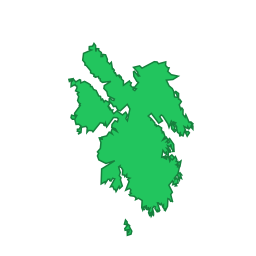 Bø nor, Nordland, Norway, rotated 318°
{"feature_id": "86288312B44209185687579", "entity_name": "Bø nor", "entity_type": "district", "adm_level": 2, "iso_a3": "NOR", "parent_name": "Norway", "parent_adm1": "Nordland", "projection": "mercator", "projection_center": [14.6, 68.718], "detail": "fine", "context": "isolated", "style": "filled", "palette": "green", "viewbox_px": 256, "rotation_deg": 318, "n_neighbors": 0, "source": "geoboundaries", "source_scale": "gbopen_adm2", "svg_char_len": 5900}
<svg xmlns="http://www.w3.org/2000/svg" viewBox="0 0 256 256"><g transform="rotate(318 128 128)"><path d="M188.0,132.8L186.1,132.7L186.9,134.3L185.6,138.8L183.4,136.0L186.4,131.4L187.3,128.3L186.7,124.2L188.5,118.1L193.8,122.0L200.0,123.1L195.8,117.3L195.4,112.5L198.8,110.8L197.8,109.7L197.8,106.6L200.3,104.1L193.7,100.7L193.8,98.4L191.9,96.3L178.5,92.9L178.2,89.6L172.7,86.6L172.6,93.1L171.4,94.6L171.4,97.0L170.4,96.4L170.7,90.1L169.7,89.9L166.9,93.6L165.8,99.2L166.2,101.1L160.3,102.1L159.4,103.1L160.5,104.4L158.1,104.8L157.5,102.8L160.1,101.3L158.6,101.5L158.3,97.9L160.7,96.6L160.1,95.7L160.5,94.0L153.2,93.2L156.2,89.8L155.8,87.6L157.0,85.7L156.9,83.5L155.9,84.4L156.1,82.2L154.4,81.6L155.5,78.5L154.9,78.3L155.3,76.4L156.5,75.9L156.6,74.0L155.9,73.8L159.6,68.0L157.2,68.2L156.9,64.7L158.6,63.2L160.3,58.6L158.4,56.3L157.1,58.0L155.7,56.9L158.7,54.1L158.1,50.8L159.3,49.5L157.8,48.0L155.2,49.7L159.1,45.0L159.3,42.4L156.5,43.5L153.7,41.6L151.8,43.5L153.1,45.6L144.9,42.8L139.7,47.3L139.6,50.7L138.1,52.5L138.8,53.7L138.5,60.5L137.1,62.0L138.6,65.4L137.2,66.8L138.1,68.1L137.1,68.1L140.4,69.9L139.5,72.0L140.2,73.0L139.0,74.2L139.5,77.0L146.5,81.9L138.8,80.6L136.5,82.5L136.7,86.7L134.6,90.7L137.3,97.4L135.8,98.1L134.4,95.7L135.3,93.7L133.6,93.7L131.9,95.5L132.2,99.2L131.5,102.4L133.5,103.7L132.5,107.9L133.7,110.1L143.3,109.9L142.2,115.1L132.4,122.2L132.7,119.6L136.3,117.7L136.9,114.7L132.6,114.6L131.1,107.9L127.0,107.8L127.1,105.4L128.8,104.4L127.5,103.7L128.0,100.9L127.1,101.7L127.7,98.5L130.6,97.6L130.9,95.9L129.5,92.4L127.6,92.7L128.5,89.4L126.9,89.2L128.7,86.1L127.7,84.6L129.4,78.8L128.2,76.4L129.0,73.0L127.9,72.1L128.9,70.8L128.5,68.8L126.9,64.3L123.1,62.9L124.8,60.6L124.4,59.7L120.0,58.8L120.1,55.3L117.1,56.0L120.1,54.5L116.6,52.3L115.6,54.2L118.0,54.5L113.3,59.2L117.8,60.3L117.2,61.2L118.0,62.5L117.0,64.0L113.9,65.3L115.2,68.7L113.0,68.7L112.4,71.7L108.9,73.9L108.3,76.5L108.8,78.0L107.1,78.4L107.5,79.3L98.2,81.3L97.3,82.6L98.4,84.4L95.7,85.3L96.9,83.9L94.7,80.7L92.5,82.2L92.5,84.3L94.3,85.8L91.8,90.6L93.9,92.3L94.4,94.9L91.1,96.2L89.1,94.7L89.6,95.6L88.2,96.4L89.7,99.0L86.7,99.2L90.0,99.9L93.9,96.3L97.9,98.7L97.8,100.6L94.5,103.8L97.1,103.4L99.5,105.9L99.4,107.4L111.0,105.5L112.9,108.2L112.0,109.6L112.4,110.7L114.6,109.2L112.9,112.9L124.2,110.5L126.8,113.0L126.9,114.8L124.3,116.4L123.3,113.9L118.5,114.7L116.3,116.7L118.1,120.1L117.5,123.2L115.8,118.0L112.8,119.5L112.3,121.8L111.3,118.5L106.9,119.6L102.4,117.2L101.3,119.1L100.5,118.2L101.2,117.0L100.0,116.1L98.2,120.6L93.8,124.7L89.3,125.3L89.4,127.0L86.6,128.3L85.0,132.2L87.9,139.6L96.3,143.5L81.0,140.8L70.6,151.6L75.0,152.5L74.1,153.9L78.8,152.7L80.2,153.9L79.2,154.9L79.8,156.0L83.0,155.1L84.1,156.9L75.6,160.0L77.6,161.1L76.5,164.5L77.5,165.2L76.6,167.2L82.3,165.4L81.4,167.4L85.0,167.3L87.7,161.4L89.5,160.3L89.6,157.6L92.5,155.9L95.0,150.6L96.5,150.8L95.8,151.2L96.6,153.0L96.0,155.7L92.5,159.0L93.8,160.6L93.1,162.0L95.9,161.7L94.0,163.8L95.8,166.5L93.4,166.1L93.0,168.5L84.7,172.7L88.7,173.9L88.7,176.0L86.6,177.1L86.6,178.8L84.4,178.2L84.3,179.7L86.9,182.8L87.3,185.2L85.7,186.3L88.8,187.2L90.0,191.3L85.0,196.3L84.1,198.7L85.5,197.8L85.3,200.1L86.6,197.1L87.8,197.4L87.5,199.5L90.0,197.5L87.4,201.0L88.4,202.4L90.2,200.2L89.0,202.5L90.4,202.5L86.6,204.7L85.3,208.2L88.4,205.4L86.2,209.1L88.6,208.3L88.6,209.8L89.2,209.3L88.7,206.7L90.5,206.0L89.7,207.2L90.3,208.0L92.4,204.1L94.9,203.6L95.6,204.8L94.1,205.9L93.6,209.2L94.3,209.2L93.4,210.5L94.9,209.0L95.1,210.7L96.5,210.5L99.8,203.3L100.5,203.8L100.5,206.6L102.2,206.4L101.2,209.5L102.6,209.2L100.9,211.0L100.8,212.5L101.6,212.9L100.2,213.2L100.4,214.4L105.0,212.6L110.4,207.2L111.1,208.7L110.6,211.0L111.9,211.7L111.6,213.0L115.2,206.0L118.0,205.4L120.1,197.8L125.5,197.0L125.1,197.8L126.0,198.3L123.3,200.1L126.2,201.4L124.3,202.6L125.6,203.5L126.3,201.4L128.4,202.4L130.8,199.4L130.3,199.0L130.8,197.8L129.4,197.7L130.4,197.1L128.4,197.5L128.8,196.3L133.5,195.6L131.6,200.9L133.4,199.4L134.0,201.3L135.6,197.9L136.5,198.7L136.7,196.0L135.3,196.0L135.2,194.9L140.1,191.4L138.8,190.0L139.9,189.1L139.1,187.5L140.4,187.8L141.1,191.1L145.3,187.9L141.0,187.4L142.7,186.1L141.5,185.0L143.2,184.0L144.1,180.9L139.1,181.6L142.6,180.8L142.6,177.3L139.4,177.0L139.3,179.9L136.8,180.7L138.7,177.1L137.7,175.4L135.8,176.9L134.8,174.4L136.4,175.1L137.0,173.9L133.5,172.3L139.0,168.0L138.6,171.4L140.5,171.6L138.3,173.4L139.5,174.5L139.2,175.6L141.8,173.0L143.0,174.0L143.4,172.2L144.1,173.6L144.7,172.0L142.9,171.9L143.2,169.1L144.5,171.1L145.6,167.6L146.6,170.0L149.0,168.8L146.7,172.1L146.5,173.9L147.3,174.1L145.5,175.3L146.6,176.2L151.0,170.7L151.9,163.6L150.2,163.6L149.5,166.1L147.6,165.9L148.3,164.4L147.4,163.9L149.8,163.5L150.4,159.5L149.4,161.1L145.9,160.2L149.8,159.1L151.3,155.6L150.5,154.6L151.6,154.6L151.1,152.2L153.0,150.5L152.0,146.4L150.2,145.8L151.0,144.5L150.1,143.9L151.3,142.2L151.5,137.5L150.6,137.3L151.5,136.5L151.0,132.6L155.1,132.7L154.1,145.0L158.4,145.8L159.1,140.8L161.5,140.6L161.9,142.6L160.5,151.5L158.9,155.0L164.9,151.8L164.6,155.0L166.0,154.1L166.9,156.1L164.4,156.1L165.3,157.7L164.9,159.8L162.9,161.6L161.2,160.0L163.6,158.7L163.2,154.2L162.3,154.4L159.9,158.0L159.9,162.0L163.1,162.2L161.9,164.4L162.4,166.6L161.2,168.5L161.7,168.8L162.7,166.6L163.7,166.6L162.7,167.8L163.6,170.7L168.2,168.1L166.5,173.7L170.4,172.7L170.5,170.8L168.5,169.9L170.7,164.4L171.9,167.7L171.3,168.4L173.4,166.9L172.6,169.5L176.8,169.0L175.4,170.4L175.4,172.3L177.6,169.9L176.8,168.6L179.1,168.4L178.9,166.4L178.1,166.9L178.3,165.1L177.2,164.7L179.8,156.9L177.7,158.2L177.9,154.7L181.2,151.2L181.4,149.2L179.6,149.7L181.6,145.0L185.3,144.1L185.6,141.2L184.9,140.4L188.7,136.2L188.0,132.8ZM64.6,194.7L60.9,197.1L62.8,199.9L58.3,200.6L57.4,202.1L61.0,204.3L58.0,206.4L58.8,205.4L58.4,204.1L55.7,207.3L59.2,208.9L61.8,207.2L62.9,202.3L63.9,201.7L63.4,198.2L64.5,197.3L64.6,194.7Z" fill="#22c55e" stroke="#15803d" stroke-width="1.5"/></g></svg>